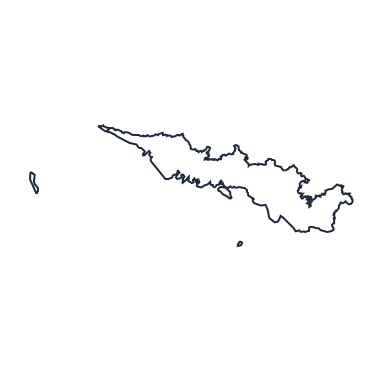 Macuata, Northern, Fiji, rotated 227°
{"feature_id": "14151628B42533076410957", "entity_name": "Macuata", "entity_type": "district", "adm_level": 2, "iso_a3": "FJI", "parent_name": "Fiji", "parent_adm1": "Northern", "projection": "robinson", "projection_center": [179.331, -16.232], "detail": "fine", "context": "isolated", "style": "outline", "palette": "slate", "viewbox_px": 384, "rotation_deg": 227, "n_neighbors": 0, "source": "geoboundaries", "source_scale": "gbopen_adm2", "svg_char_len": 6077}
<svg xmlns="http://www.w3.org/2000/svg" viewBox="0 0 384 384"><g transform="rotate(227 192 192)"><path d="M95.3,305.6L95.1,304.6L98.5,303.3L98.7,296.5L101.0,293.4L101.2,291.8L102.0,290.6L99.9,288.5L100.7,287.6L99.9,287.1L100.4,286.8L100.4,286.1L101.9,285.8L101.4,283.5L102.6,282.9L102.5,282.3L101.9,282.2L102.9,281.7L103.8,280.5L104.8,280.2L104.3,279.2L103.6,279.2L103.3,278.2L103.7,276.4L103.4,275.9L105.1,274.5L103.6,273.5L104.1,273.2L103.5,272.2L103.8,270.9L103.2,271.1L100.8,269.4L101.1,267.6L103.4,269.6L105.2,268.4L105.4,270.5L105.9,271.7L108.2,270.9L108.3,272.4L106.4,273.4L107.1,275.7L107.6,275.5L107.5,273.9L109.1,274.4L110.4,273.4L110.0,272.3L110.4,271.7L111.5,271.9L111.9,270.9L111.7,268.7L112.2,267.9L114.7,268.3L114.9,269.0L114.1,269.7L114.3,270.5L115.2,270.7L115.3,271.6L116.0,270.6L116.8,270.9L118.3,269.2L120.6,270.0L120.5,270.9L121.2,271.3L121.4,273.3L122.0,273.4L121.5,274.2L122.1,274.1L121.3,274.7L121.3,275.3L121.9,275.3L122.2,276.0L122.8,275.0L124.6,276.4L125.0,278.7L124.5,280.7L123.6,281.6L123.3,282.7L122.2,281.0L121.3,282.1L120.3,282.1L120.3,283.3L121.0,284.3L120.8,285.6L122.6,285.2L124.0,284.0L125.1,284.5L127.6,284.8L128.4,283.1L129.4,282.9L130.2,283.9L130.6,283.7L131.1,284.7L131.9,284.4L132.9,282.6L133.8,282.2L135.5,282.8L136.7,284.4L137.9,284.7L140.0,284.3L142.2,284.6L142.5,284.3L142.3,282.7L142.8,281.5L142.7,281.0L143.5,280.6L143.5,279.3L143.1,278.3L143.6,277.6L143.7,275.8L145.1,274.0L147.4,273.5L149.4,274.2L154.6,271.0L155.9,271.4L157.7,273.6L159.6,273.6L161.1,272.2L162.1,272.3L163.8,270.8L164.1,270.1L163.5,269.4L164.0,267.5L163.8,266.3L162.4,265.7L161.7,264.6L163.9,262.3L164.8,262.3L165.7,260.8L167.3,260.1L167.3,259.3L166.8,258.8L169.7,257.0L172.4,252.7L172.4,251.2L173.7,252.5L179.8,252.4L180.0,253.7L179.1,253.5L178.3,254.7L178.4,255.3L179.0,256.0L180.9,255.0L181.0,256.7L182.0,257.2L186.4,255.2L186.9,255.5L187.4,254.7L188.7,255.2L190.7,254.9L193.8,257.2L196.4,256.2L197.0,254.3L194.2,253.5L194.3,253.1L192.8,251.0L192.5,248.5L191.7,248.0L193.1,246.1L194.7,245.5L195.7,241.4L197.0,241.4L198.2,239.6L197.7,238.3L198.4,237.1L196.5,236.1L196.3,235.3L198.0,234.2L197.7,232.4L200.3,231.2L200.8,230.6L200.2,230.5L201.5,229.0L202.2,229.1L203.1,227.8L204.0,227.3L204.2,226.5L205.1,226.5L205.4,225.9L205.0,225.4L206.5,224.6L207.1,223.4L207.8,224.3L207.4,224.8L207.5,225.7L206.5,226.2L206.7,229.0L206.9,229.3L209.1,229.1L208.5,231.2L209.4,229.6L210.8,229.6L210.6,232.6L212.0,235.4L214.4,234.4L214.5,233.4L213.6,231.4L214.2,229.5L213.8,229.0L214.6,228.0L214.6,226.6L215.3,226.9L216.3,226.0L216.7,224.0L218.3,224.4L219.0,223.2L221.2,223.7L221.9,222.0L224.3,220.6L227.2,222.6L228.5,222.5L230.0,223.4L233.0,223.5L234.4,222.8L236.4,223.4L237.3,223.1L238.5,223.3L239.0,224.0L239.9,224.0L240.9,224.9L241.4,223.9L241.6,221.6L242.8,221.3L242.9,220.7L243.9,219.8L244.2,217.8L245.1,216.1L246.0,215.6L246.1,214.7L247.9,214.6L249.3,213.5L249.6,212.7L250.3,212.6L250.4,211.8L251.4,212.1L252.1,211.7L253.4,209.5L255.3,210.9L256.9,207.4L256.8,205.9L257.8,205.6L259.0,204.5L259.1,202.9L261.4,199.0L264.0,198.1L263.9,196.5L265.0,195.8L265.5,194.8L266.3,195.0L267.4,193.0L270.2,191.7L274.4,187.3L277.3,186.5L280.2,185.1L281.4,183.9L281.5,182.3L282.4,182.4L283.2,181.3L284.6,181.7L288.2,180.2L288.8,179.6L288.9,178.7L290.1,177.9L290.6,178.3L293.1,177.5L294.7,175.6L294.7,171.0L293.5,171.3L292.2,172.5L286.3,174.7L283.1,175.3L270.4,179.8L264.6,183.8L261.7,183.3L260.1,183.5L258.7,184.9L254.0,185.2L253.5,184.3L253.2,182.0L252.0,181.3L251.3,182.4L251.3,188.6L249.0,188.2L248.5,186.1L248.2,185.9L245.8,185.8L244.9,186.5L244.0,183.8L242.5,183.0L219.5,181.4L217.5,183.8L216.2,187.2L217.0,189.2L216.9,190.5L215.6,192.5L215.7,193.8L217.1,196.0L216.9,196.4L214.8,196.2L214.5,191.8L213.5,190.1L211.8,190.1L210.5,191.7L209.8,194.8L211.6,195.5L211.6,196.4L210.7,197.3L208.4,197.1L207.7,193.9L206.6,193.6L205.7,191.7L205.1,191.4L204.8,195.6L205.4,200.1L203.9,198.8L203.9,197.7L202.6,196.9L198.6,198.0L197.9,199.6L200.2,201.0L200.3,202.9L198.8,202.3L197.3,204.6L196.6,201.8L194.9,201.8L195.1,204.5L194.3,204.1L193.9,202.7L194.3,200.9L193.2,199.7L192.2,199.8L188.9,202.0L188.4,205.4L187.2,207.8L186.8,209.9L187.0,212.2L184.9,210.7L183.8,210.9L183.0,212.0L181.6,211.2L180.1,211.8L179.8,213.4L180.3,214.6L179.0,217.0L180.4,219.4L180.4,221.0L179.4,221.0L179.2,219.2L178.3,218.7L177.3,219.0L177.1,220.5L175.2,219.6L173.0,219.6L170.3,221.3L169.9,223.9L168.4,224.0L167.2,225.1L167.4,226.1L165.0,227.2L162.9,230.5L161.3,231.2L159.4,233.1L155.9,233.5L154.6,232.4L153.0,232.2L151.1,230.7L147.7,231.7L146.3,231.6L145.6,232.5L144.7,232.2L144.9,231.6L143.9,230.2L141.4,229.9L135.2,233.1L132.4,237.0L127.4,235.2L120.2,230.8L113.5,231.8L111.8,234.2L112.6,237.5L114.1,240.6L110.4,241.2L96.1,241.7L92.6,241.0L90.8,244.2L89.0,244.1L86.7,246.9L85.3,247.8L85.1,248.9L83.8,251.1L86.3,253.6L85.3,255.2L83.9,256.5L80.7,258.3L79.2,259.8L76.2,260.2L70.4,263.7L68.3,267.4L67.8,269.8L68.9,270.8L71.2,271.2L72.5,272.0L72.7,273.7L72.2,274.6L74.9,277.1L75.1,277.8L75.5,277.4L76.3,277.9L76.1,279.0L78.1,280.1L78.8,279.8L79.1,280.4L78.6,280.6L78.7,281.2L79.1,281.8L79.8,281.8L80.1,282.9L79.5,284.3L80.2,284.7L79.7,285.4L80.0,288.2L81.9,290.3L82.0,291.4L82.9,293.5L82.8,293.8L82.0,293.5L81.1,294.6L80.5,296.2L80.5,297.8L78.1,297.8L75.7,298.6L74.8,300.6L75.7,303.3L76.9,304.2L77.7,303.8L78.8,304.8L79.7,304.7L79.9,305.2L81.8,304.5L82.8,305.0L83.3,306.3L84.5,305.0L84.5,304.0L86.5,303.3L86.4,302.3L87.5,301.0L89.1,302.0L89.5,301.7L89.9,302.4L91.4,302.8L91.9,304.3L93.2,304.8L92.6,305.4L92.9,306.6L93.4,306.6L93.6,305.9L95.3,305.6ZM176.4,213.0L174.7,212.2L173.3,213.1L169.1,213.1L164.7,214.7L161.7,215.1L160.9,215.9L161.0,217.1L164.0,218.1L165.9,219.9L172.5,219.4L176.4,216.1L176.4,213.0ZM311.6,82.1L297.5,77.4L297.0,78.0L298.2,80.6L300.1,82.1L304.7,82.3L307.6,83.7L311.7,88.6L315.9,87.9L316.2,87.0L315.0,85.5L311.6,82.1ZM303.4,168.3L295.9,169.9L294.7,171.0L294.7,175.6L297.4,173.4L300.6,172.2L301.3,172.5L301.7,170.6L303.6,169.1L303.4,168.3ZM122.0,194.0L123.1,192.9L123.1,192.4L122.7,191.9L122.5,189.9L121.3,188.7L119.7,191.3L120.5,193.9L122.0,194.0Z" fill="none" stroke="#1e293b" stroke-width="2"/></g></svg>